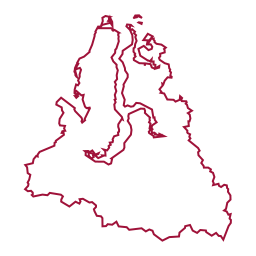 outline of Yamal-Nenets
{"feature_id": "RUS-2382", "entity_name": "Yamal-Nenets", "entity_type": "Autonomous Province", "adm_level": 1, "iso_a3": "RUS", "parent_name": "Russia", "parent_adm1": "", "projection": "albers", "projection_center": [74.427, 67.879], "detail": "fine", "context": "isolated", "style": "outline", "palette": "rose", "viewbox_px": 256, "rotation_deg": 0, "n_neighbors": 0, "source": "natural_earth", "source_scale": "10m", "svg_char_len": 5759}
<svg xmlns="http://www.w3.org/2000/svg" viewBox="0 0 256 256"><path d="M61.1,97.7L74.8,108.1L74.3,109.3L75.2,111.2L81.5,117.7L82.2,119.6L81.5,121.4L82.2,122.6L85.1,120.2L84.6,119.1L89.5,109.1L88.4,108.6L90.5,107.5L86.5,108.1L85.0,106.6L82.6,99.5L83.6,94.9L81.5,95.4L76.3,90.9L75.0,92.1L75.5,94.2L74.5,93.1L74.7,89.5L76.1,84.5L77.9,85.3L79.4,83.0L78.1,80.5L79.7,76.7L79.6,74.4L81.0,69.8L79.9,67.9L76.7,69.0L76.5,66.7L78.8,62.9L77.3,64.3L77.0,63.1L79.5,58.6L84.1,56.6L89.6,51.9L89.4,51.0L92.1,44.8L94.7,35.8L94.5,34.8L95.8,32.3L95.4,31.6L98.1,26.6L100.8,26.6L99.4,28.2L111.3,28.2L113.9,29.9L112.7,30.3L113.1,30.7L114.6,30.0L118.8,32.6L118.1,32.7L118.6,33.7L118.1,34.9L118.7,36.5L118.4,38.6L118.8,41.3L116.4,48.6L115.3,49.7L115.1,52.9L111.5,57.4L113.3,61.4L116.6,64.7L116.5,67.2L117.8,70.3L116.7,75.2L117.1,79.1L114.8,81.9L116.0,84.5L115.0,86.9L116.3,91.1L114.8,94.9L115.7,99.2L114.6,99.7L115.6,102.2L114.3,104.5L114.9,109.4L121.8,116.8L122.6,119.4L121.8,118.9L118.3,124.3L118.2,126.8L119.1,129.5L119.0,131.7L118.0,132.4L118.3,135.0L114.1,136.3L112.6,139.4L113.0,140.7L112.6,142.2L109.8,142.6L111.1,145.6L110.3,144.6L108.6,146.1L109.2,147.6L107.1,150.4L103.6,149.5L105.2,151.1L105.5,155.6L102.2,155.4L102.7,156.1L98.2,158.1L95.1,155.4L98.3,154.0L98.7,153.1L95.4,154.6L92.3,150.5L89.8,152.0L88.3,151.0L84.8,151.1L85.8,152.0L85.6,155.1L95.3,161.6L104.0,161.7L108.5,164.5L111.1,163.4L112.1,158.9L111.3,158.5L123.4,149.9L124.4,147.6L124.3,143.1L130.9,134.7L131.5,130.0L130.7,125.6L127.7,120.9L128.7,118.4L128.3,116.1L128.8,114.0L140.7,108.6L144.3,108.8L145.1,110.9L144.9,112.9L150.0,117.6L149.5,118.9L149.9,120.5L149.0,122.3L150.5,123.5L149.5,128.6L150.4,130.1L148.8,131.7L149.1,133.0L153.5,135.9L153.8,137.4L164.3,136.2L162.3,135.2L162.7,134.6L160.4,135.8L159.6,135.2L160.7,134.5L159.3,133.8L159.1,135.2L155.0,134.4L155.5,133.5L154.1,132.6L152.0,133.2L151.7,130.1L152.5,129.2L151.6,128.3L152.0,125.5L156.6,122.3L154.8,119.9L154.5,117.4L153.4,117.6L152.0,109.5L140.1,103.3L136.2,102.9L133.4,106.2L130.9,106.7L127.6,105.4L125.0,106.6L123.7,105.2L124.7,99.7L122.0,93.1L123.8,86.3L123.5,84.6L127.7,77.3L127.7,74.3L125.1,70.5L124.9,68.1L122.7,62.3L119.3,58.7L122.5,54.0L122.7,50.8L132.0,44.4L132.7,40.1L132.3,35.1L130.3,30.6L132.1,29.2L135.0,31.7L134.0,33.2L136.1,35.2L135.3,37.0L136.6,40.9L135.2,44.0L134.8,47.4L133.6,48.3L133.5,51.7L135.2,53.9L134.6,54.9L135.6,56.4L133.7,58.3L133.9,60.1L139.4,63.2L144.6,63.4L144.8,65.7L145.3,63.4L150.5,64.1L151.8,67.4L154.9,68.8L159.1,67.6L159.3,66.0L155.1,68.4L155.4,64.8L153.5,64.5L153.6,61.5L151.3,61.7L151.6,59.3L149.9,61.3L148.0,60.3L148.4,60.9L140.3,55.7L138.4,48.9L143.8,45.9L148.5,50.1L151.7,48.9L152.3,46.8L150.7,44.3L146.9,44.5L147.4,42.2L148.6,42.7L151.2,38.7L153.6,38.6L153.3,39.3L154.7,41.0L154.5,42.1L156.5,43.8L161.4,44.6L165.8,47.6L164.0,49.0L164.6,50.0L164.7,52.4L160.1,53.8L160.3,56.2L159.0,57.9L159.7,59.8L164.7,63.2L168.7,64.4L169.3,68.4L170.2,69.5L169.8,71.2L171.0,72.4L170.3,75.6L171.7,76.8L171.5,77.7L167.6,77.3L164.7,80.7L163.4,84.2L162.3,83.6L162.6,85.6L159.5,89.3L161.5,92.0L160.7,92.8L164.2,93.5L167.3,99.5L173.6,99.8L175.5,101.6L179.7,99.8L180.1,96.2L182.1,98.0L181.1,100.1L181.8,101.1L186.3,101.3L186.7,102.4L185.7,103.7L187.0,104.8L187.9,108.0L191.9,110.7L187.9,113.1L189.7,114.6L190.4,118.5L189.5,121.3L188.4,121.3L188.8,126.0L184.0,127.0L187.4,130.7L187.2,132.2L187.7,133.1L190.1,134.3L189.3,136.8L190.4,138.4L188.7,140.4L198.1,148.0L199.6,150.7L198.1,152.2L198.5,155.3L202.9,160.1L201.3,163.0L203.6,165.9L203.9,167.6L208.2,167.6L210.9,169.4L210.2,171.4L213.0,172.8L214.4,177.0L212.8,181.2L213.7,183.2L213.1,185.1L218.5,183.8L219.0,185.8L221.1,187.0L224.2,184.8L226.8,185.4L227.1,188.0L228.2,189.1L228.0,191.8L230.4,195.4L230.5,199.6L227.3,202.7L226.0,208.9L224.1,210.5L226.7,211.5L228.4,214.7L230.6,214.1L229.6,218.6L230.9,219.9L230.8,222.9L228.6,226.0L223.3,239.7L220.8,236.0L218.7,235.9L216.1,232.9L211.7,235.7L206.2,232.1L205.9,230.5L200.3,230.0L197.1,232.9L192.7,230.6L190.0,225.0L185.2,226.2L185.0,227.9L179.5,232.6L179.0,236.5L169.4,237.1L162.4,240.6L153.9,234.3L152.5,230.7L149.3,229.5L145.8,231.4L141.6,228.3L129.2,229.8L126.7,227.2L118.7,226.4L116.4,221.7L112.2,224.7L107.7,224.2L106.0,226.1L102.5,226.3L102.4,218.1L101.0,216.3L96.8,215.8L94.5,211.2L93.9,209.2L96.0,207.0L96.0,205.4L92.1,202.1L89.4,202.5L82.9,198.8L79.6,199.2L80.5,201.5L79.4,203.6L75.5,201.7L69.4,206.5L61.2,201.6L61.3,199.5L62.9,196.4L60.9,194.7L49.8,192.9L47.5,195.2L42.5,194.6L33.3,196.5L31.8,195.0L32.8,194.2L32.7,192.5L31.0,190.8L27.9,191.2L25.1,189.2L28.1,185.9L28.5,183.9L27.6,182.6L29.2,179.6L30.3,174.8L27.7,173.1L27.1,167.3L25.3,165.0L32.8,163.2L33.6,159.2L36.2,156.0L37.7,156.5L37.6,154.7L39.6,151.9L54.4,145.7L54.6,142.7L55.8,142.2L55.8,140.8L63.9,134.8L63.6,133.0L61.7,132.9L62.4,131.2L65.2,130.8L64.1,128.5L65.0,125.9L60.0,125.4L59.2,123.4L59.7,118.9L63.5,112.8L62.0,110.4L61.7,107.4L56.3,104.6L56.7,102.1L61.1,97.7ZM112.2,21.9L112.4,25.8L110.4,22.8L101.3,25.1L102.8,21.1L102.4,17.8L105.5,16.0L109.8,16.9L109.1,17.2L108.9,20.0L108.2,20.9L110.0,21.3L110.9,19.3L112.2,21.9ZM147.8,33.8L152.7,36.4L149.1,40.4L143.4,40.1L147.8,33.8ZM93.7,157.0L91.5,158.5L89.0,156.0L88.4,152.3L86.1,151.5L93.3,153.9L93.0,155.5L93.7,157.0ZM127.1,24.5L130.9,24.9L131.6,25.6L130.1,25.2L129.8,29.7L126.4,26.3L127.1,24.5ZM138.0,15.4L137.0,17.2L134.6,17.7L134.9,16.7L133.5,18.5L135.3,15.5L138.0,15.4ZM78.2,93.8L77.4,96.4L75.8,95.5L77.2,93.7L78.2,93.8ZM141.8,22.8L141.5,23.9L138.5,22.5L138.8,22.3L141.8,22.8ZM75.3,73.5L74.4,71.6L75.1,68.2L75.3,69.0L75.3,73.5ZM109.9,17.9L110.4,19.7L109.1,20.4L109.9,17.9ZM139.0,15.4L142.0,17.9L138.0,16.1L139.0,15.4ZM75.1,96.2L77.7,96.5L76.3,97.8L75.1,96.2ZM76.7,64.2L75.7,67.7L75.2,67.6L76.7,64.2ZM76.0,73.7L76.9,77.0L76.3,76.5L75.3,74.9L76.0,73.7Z" fill="none" stroke="#9f1239" stroke-width="2"/></svg>